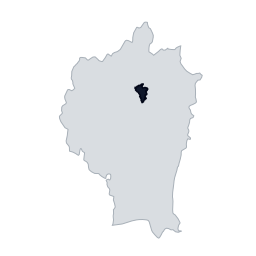 Kirawsk, Mogilev, Belarus (highlighted), rotated 275°
{"feature_id": "67162791B61593564131840", "entity_name": "Kirawsk", "entity_type": "district", "adm_level": 2, "iso_a3": "BLR", "parent_name": "Belarus", "parent_adm1": "Mogilev", "projection": "robinson", "projection_center": [29.561, 53.344], "detail": "fine", "context": "in_parent", "style": "filled", "palette": "ink", "viewbox_px": 256, "rotation_deg": 275, "n_neighbors": 0, "source": "geoboundaries", "source_scale": "gbopen_adm2", "svg_char_len": 6793}
<svg xmlns="http://www.w3.org/2000/svg" viewBox="0 0 256 256"><g transform="rotate(275 128 128)"><path d="M214.4,173.4L210.1,173.2L205.0,173.3L202.1,174.9L198.9,174.1L196.7,175.0L191.7,179.3L189.7,181.6L187.8,185.2L186.7,187.8L187.4,189.7L188.3,191.4L188.5,193.3L189.0,194.7L187.8,195.8L187.0,197.3L184.9,197.0L182.2,195.6L181.7,193.4L179.6,192.0L178.3,191.2L176.1,191.1L172.6,191.8L168.0,192.3L164.5,192.4L162.7,193.2L159.9,193.9L158.8,193.1L157.2,190.7L156.0,188.3L155.1,187.2L154.3,186.9L153.4,187.0L152.3,187.7L151.5,188.5L148.6,189.4L147.3,190.3L145.9,192.5L145.0,192.3L144.0,191.8L142.9,189.4L141.4,188.8L139.0,188.8L136.0,188.2L133.6,187.5L132.7,187.7L131.2,188.7L129.6,188.9L126.2,187.9L125.5,188.4L123.5,191.1L122.6,191.2L122.1,190.9L122.4,188.5L120.4,187.7L117.0,187.5L114.6,187.9L113.5,187.8L112.9,187.3L110.1,183.4L108.5,183.1L105.8,183.3L101.7,182.8L97.1,181.9L94.5,181.6L93.2,180.7L90.3,180.4L82.7,178.8L79.5,178.5L74.9,178.4L67.8,178.1L63.3,178.3L61.2,178.8L58.7,179.2L50.3,179.6L47.3,180.1L46.4,180.9L45.4,182.7L41.8,185.9L38.4,188.0L37.8,188.1L35.8,187.0L34.2,186.7L32.3,186.5L30.9,186.9L30.0,187.4L30.1,189.9L29.9,190.1L28.5,187.2L28.7,184.6L29.6,183.1L30.6,181.7L30.3,179.7L31.4,177.1L31.5,175.1L31.1,174.3L30.3,173.3L28.2,172.3L27.2,171.4L24.3,170.3L21.5,168.9L21.0,168.1L21.2,167.5L21.7,166.6L24.0,164.0L26.5,161.5L28.1,160.5L36.4,157.3L37.7,156.2L38.1,154.3L38.1,150.4L37.7,146.9L37.2,144.5L35.8,140.0L31.9,130.6L29.7,120.9L31.3,121.4L35.2,121.6L38.3,121.0L39.9,120.9L41.3,121.1L45.4,120.6L46.4,121.4L48.2,122.2L51.8,121.1L55.0,119.7L58.3,119.9L58.7,119.2L59.6,115.7L60.6,115.0L64.6,115.3L66.0,114.7L67.6,113.0L69.9,112.0L71.8,112.0L73.9,110.8L74.8,111.6L75.3,113.0L74.6,114.1L74.9,114.6L76.2,115.1L78.6,115.1L80.2,114.7L80.5,114.0L80.6,112.8L80.2,111.7L79.2,110.8L77.3,110.3L76.0,110.3L75.8,109.7L76.3,108.4L77.5,106.0L79.0,103.8L79.9,103.0L80.1,102.3L79.9,101.0L79.9,98.6L81.3,95.3L83.1,92.9L85.4,92.1L88.3,91.6L90.1,90.5L91.0,89.2L91.9,87.1L92.8,86.7L99.6,86.9L100.7,84.9L101.2,84.3L102.6,83.7L103.5,83.0L103.2,82.4L101.4,82.0L97.4,81.7L96.5,81.0L96.8,80.2L98.0,78.1L99.1,75.4L99.6,73.3L99.7,72.0L100.3,71.7L103.6,71.3L104.7,70.8L107.7,68.0L109.8,67.5L115.4,68.2L118.0,68.2L121.3,68.4L121.6,68.1L122.8,65.2L128.4,60.6L131.4,59.1L133.2,58.7L133.9,58.8L136.8,61.2L137.5,61.3L139.5,60.3L143.0,60.2L144.5,61.0L146.8,64.0L148.0,64.4L151.3,62.7L153.2,62.2L154.4,62.2L160.7,64.5L161.1,65.2L161.2,66.1L160.2,68.8L161.5,70.4L163.0,71.5L166.2,69.7L167.4,69.2L168.7,69.1L170.5,68.5L171.7,67.4L172.9,67.1L175.3,67.3L179.4,67.1L184.3,68.7L184.7,69.2L187.2,71.1L188.0,72.0L188.9,72.3L190.2,73.3L191.9,73.9L193.1,73.7L193.7,74.0L194.2,74.7L194.3,76.0L194.1,79.5L192.4,81.4L192.2,82.0L192.3,82.8L193.7,84.4L195.5,86.7L195.9,88.1L195.9,89.2L193.5,92.3L192.7,93.0L192.2,94.5L191.9,96.1L192.0,96.8L196.2,99.3L199.2,100.6L199.9,101.3L200.0,101.7L198.4,104.4L198.2,105.1L200.7,106.2L202.0,107.9L203.2,110.8L205.6,113.5L214.2,117.5L215.0,118.3L215.3,119.1L215.0,121.0L213.5,124.6L215.0,125.1L218.8,124.9L223.4,125.4L229.0,127.9L229.1,129.0L228.5,130.1L228.9,131.2L229.5,132.1L234.4,134.9L234.9,135.7L235.0,137.1L234.9,138.1L233.6,138.3L232.1,138.8L229.7,140.0L228.8,141.7L224.9,144.0L222.5,145.1L220.5,145.2L215.9,144.7L214.3,143.5L213.6,142.5L211.8,142.0L209.5,141.9L206.2,142.1L205.6,142.4L205.0,143.7L203.7,146.0L202.7,147.2L206.9,151.7L209.0,153.5L209.7,154.6L209.6,155.4L208.7,156.3L208.8,158.2L210.9,160.7L210.2,161.1L210.0,164.1L210.1,167.4L210.6,168.2L211.7,168.8L212.7,170.0L214.2,172.7L214.4,173.4Z" fill="#d9dde1" stroke="#a8b0b8" stroke-width="1"/><path d="M169.0,131.6L168.9,131.6L168.7,131.5L168.4,131.5L168.2,131.5L167.9,131.7L167.8,131.8L167.7,132.0L167.7,132.4L167.7,132.5L167.3,132.4L167.1,132.3L166.8,132.4L166.6,132.3L166.4,132.3L166.3,132.6L166.1,132.7L166.0,132.8L165.9,132.9L165.7,133.1L165.6,133.3L165.5,133.5L165.2,133.7L165.1,133.9L164.9,134.0L164.7,134.4L164.7,134.6L164.6,134.9L164.5,135.1L164.5,135.3L164.4,135.4L164.1,135.5L163.9,135.5L163.6,135.6L163.4,135.8L163.1,136.0L162.8,136.4L162.7,136.5L162.4,136.7L162.1,136.7L162.0,136.9L162.1,137.0L161.9,137.2L161.7,137.2L161.6,137.3L161.4,137.3L161.2,137.4L160.9,137.3L160.8,137.2L160.7,137.1L160.3,136.9L160.2,136.9L160.1,137.0L159.9,137.2L159.8,137.4L159.7,137.5L159.6,137.8L159.4,138.1L159.2,138.2L158.9,138.1L158.7,138.0L158.4,138.3L158.2,138.5L157.9,138.6L157.7,138.7L157.3,138.7L157.1,138.6L156.8,138.6L156.5,138.7L156.3,138.8L156.1,139.0L155.8,139.3L155.7,139.5L155.4,139.6L155.4,139.8L155.2,139.9L155.0,139.7L154.9,139.6L154.7,139.7L154.6,139.8L154.8,140.0L154.8,140.4L155.0,140.6L155.3,140.7L155.5,140.8L155.6,141.1L155.8,141.1L156.0,141.1L156.2,141.3L156.4,141.3L156.5,141.3L157.0,141.3L157.1,141.5L157.3,141.8L157.4,142.0L157.5,142.2L157.6,142.3L157.8,142.3L157.9,142.2L158.0,142.1L158.5,142.1L158.5,142.3L158.4,142.4L158.3,142.6L158.4,142.9L158.6,143.0L158.8,143.3L158.9,143.5L159.1,143.5L159.2,143.4L159.3,143.3L159.4,143.2L159.6,143.2L159.8,143.0L159.8,142.8L159.7,142.6L159.4,142.4L159.2,142.4L158.9,142.2L159.0,142.1L159.3,142.0L159.6,142.1L159.8,142.1L160.1,142.1L160.3,142.2L160.6,142.2L160.8,142.2L160.9,142.3L161.1,142.4L161.3,142.5L161.7,142.5L161.8,142.5L162.0,142.3L162.2,142.2L162.4,142.2L162.5,142.3L162.4,142.5L162.4,142.8L162.5,143.0L162.7,143.4L162.8,143.6L163.0,143.7L163.2,143.8L163.5,143.8L163.9,143.7L164.1,143.6L164.3,143.4L164.4,143.2L164.6,143.2L164.8,143.2L165.0,143.0L165.0,142.9L165.5,142.8L165.6,142.7L165.8,142.5L166.1,142.5L166.3,142.5L166.3,142.8L166.2,143.1L166.4,143.2L166.6,143.1L166.9,143.1L167.0,143.3L167.0,143.6L167.2,143.8L167.3,143.8L167.7,143.7L168.0,144.0L168.4,144.3L168.7,144.2L168.9,144.1L169.1,143.9L169.1,143.6L169.4,143.5L169.6,143.3L169.6,143.2L169.3,142.9L169.2,142.7L169.3,142.4L169.6,142.3L169.8,142.1L169.8,141.8L169.8,141.6L169.8,141.4L169.8,141.1L169.7,140.9L169.4,140.5L169.3,140.2L169.3,139.7L169.2,139.6L169.1,139.3L169.1,139.2L169.5,138.9L169.9,138.9L170.1,138.7L170.1,138.4L170.4,138.2L170.5,138.1L171.1,137.9L171.4,138.0L171.4,138.3L171.4,138.5L171.6,138.7L171.8,138.6L172.0,138.5L172.1,138.3L172.2,138.2L172.3,138.1L172.5,138.2L172.7,138.4L172.7,138.6L172.6,138.8L172.4,138.9L172.4,139.0L172.7,139.3L172.9,139.3L173.1,139.3L173.1,139.0L173.1,138.7L173.1,138.4L172.9,138.2L172.7,138.0L172.7,137.9L172.7,137.7L172.8,137.6L172.7,137.4L172.4,137.3L172.3,137.2L172.2,137.2L171.8,137.0L171.6,137.0L171.5,136.9L171.6,136.7L171.7,136.3L171.6,136.2L171.4,135.9L171.4,135.7L171.2,135.4L171.1,135.2L171.3,134.9L171.2,134.8L171.1,134.7L170.9,134.5L170.7,134.5L170.4,134.5L170.3,134.4L170.1,134.4L170.0,134.2L170.4,133.9L170.5,133.8L170.5,133.7L170.3,133.4L170.1,133.3L170.0,133.2L169.6,133.0L169.5,132.9L169.4,132.8L169.3,132.6L169.3,132.4L169.2,132.2L169.1,131.9L169.1,131.6L169.0,131.6Z" fill="#0f172a" stroke="#020617" stroke-width="1.5"/></g></svg>